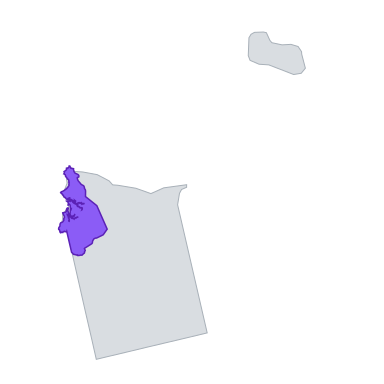 Cogo, Litoral, Equatorial Guinea shown in context, rotated 77°
{"feature_id": "11065452B22787327477805", "entity_name": "Cogo", "entity_type": "district", "adm_level": 2, "iso_a3": "GNQ", "parent_name": "Equatorial Guinea", "parent_adm1": "Litoral", "projection": "orthographic", "projection_center": [9.73, 1.167], "detail": "fine", "context": "in_parent", "style": "filled", "palette": "violet", "viewbox_px": 384, "rotation_deg": 77, "n_neighbors": 0, "source": "geoboundaries", "source_scale": "gbopen_adm2", "svg_char_len": 6777}
<svg xmlns="http://www.w3.org/2000/svg" viewBox="0 0 384 384"><g transform="rotate(77 192 192)"><path d="M332.7,208.9L332.9,231.5L333.0,250.6L333.1,271.3L333.3,292.8L333.4,311.1L333.5,322.9L313.5,322.8L287.0,322.8L260.5,322.7L233.9,322.6L220.6,322.5L205.9,322.5L201.2,323.1L197.9,326.1L194.0,326.8L189.5,324.2L184.0,323.0L182.5,320.4L179.8,315.6L174.3,315.1L171.6,315.6L167.6,318.3L163.2,319.8L164.0,317.6L155.3,311.7L149.0,311.1L143.2,309.3L147.9,294.0L153.8,280.4L162.6,270.2L167.2,267.7L168.8,262.6L175.7,245.9L184.3,232.4L181.6,218.6L183.7,195.6L186.2,196.2L186.6,198.4L187.2,201.6L190.5,204.5L201.2,208.9L233.1,208.9L252.1,208.9L280.3,208.9L310.1,208.9L332.7,208.9ZM79.9,53.7L82.4,54.1L96.9,53.7L100.9,58.9L100.4,66.5L85.4,88.6L82.6,97.9L76.8,105.8L71.8,106.5L54.5,101.8L51.6,99.0L50.5,95.2L52.2,86.4L53.5,83.7L61.8,82.0L64.5,80.6L68.9,71.1L70.4,62.4L74.1,55.9L79.9,53.7Z" fill="#d9dde1" stroke="#a8b0b8" stroke-width="1"/><path d="M209.1,283.0L183.9,287.8L172.5,296.8L167.2,295.5L166.0,295.4L165.2,295.6L164.6,295.9L164.1,296.0L163.3,295.8L161.9,296.0L161.3,296.4L160.2,297.7L159.1,298.6L157.9,299.1L157.0,299.6L155.2,300.5L153.1,300.7L152.8,300.6L152.3,300.6L152.2,300.5L152.0,300.2L151.9,299.5L152.0,299.1L151.5,298.8L151.1,298.6L150.7,298.6L150.1,298.7L149.4,299.1L148.9,299.7L148.4,300.2L147.6,301.4L147.2,301.8L146.6,301.9L146.1,302.2L145.3,302.4L144.0,302.3L143.5,302.5L143.0,302.4L142.6,302.2L142.1,303.3L141.9,303.7L141.9,304.1L141.8,304.4L141.5,304.8L141.2,304.9L140.8,304.7L139.9,305.2L139.4,305.1L139.2,305.3L139.0,305.8L139.8,306.2L140.5,306.9L140.8,307.6L140.8,308.1L140.9,308.3L140.9,308.5L140.5,308.5L140.6,309.0L141.4,309.0L141.5,309.2L141.9,309.3L142.2,309.5L142.9,310.9L143.3,312.1L144.4,312.0L145.0,312.3L145.5,312.8L145.8,312.3L146.2,312.2L146.5,311.7L147.5,311.5L148.1,311.7L148.4,311.6L148.8,311.3L149.4,311.2L150.1,310.7L151.0,310.5L151.2,310.3L151.5,310.3L151.8,309.8L152.1,309.7L152.3,309.5L153.9,309.5L154.5,309.9L154.7,309.7L155.0,309.8L155.2,309.6L155.4,309.6L155.7,309.7L156.1,310.0L156.4,310.0L156.8,310.3L157.1,310.3L157.3,310.2L157.6,310.2L158.6,311.0L159.1,311.7L159.4,311.8L159.6,312.1L159.4,312.0L160.3,313.3L161.6,315.8L162.2,317.7L162.4,319.4L162.6,319.6L163.1,320.1L163.5,319.7L163.8,319.7L164.0,319.3L164.6,319.0L165.4,318.8L165.6,318.8L166.2,318.1L167.7,317.9L168.3,317.6L168.5,317.4L168.6,317.0L168.7,316.8L169.1,316.7L169.6,316.3L170.1,316.3L171.4,315.2L171.1,314.7L170.5,314.4L170.5,314.2L170.9,313.5L170.8,313.3L170.6,313.1L170.1,313.0L170.1,312.7L170.3,312.4L170.5,312.5L170.2,312.7L170.2,312.9L170.7,313.0L170.9,313.4L171.0,313.8L170.7,314.4L171.3,314.5L171.5,314.3L171.7,314.1L172.1,312.9L171.9,312.0L172.1,311.5L173.4,310.2L174.0,309.8L174.8,309.8L175.3,309.5L175.8,308.9L176.0,308.6L175.3,308.6L174.9,308.3L175.4,308.9L175.4,309.0L174.9,309.1L174.8,308.8L174.1,308.9L173.8,308.7L173.7,308.4L174.0,308.2L173.7,308.2L174.1,307.9L174.1,308.3L173.8,308.6L173.9,308.8L174.2,308.8L174.9,308.6L175.0,309.1L175.3,309.1L174.8,308.5L174.9,308.0L174.4,307.4L174.3,307.0L174.7,307.5L175.0,307.8L175.1,308.2L175.4,308.3L176.0,308.3L178.1,306.8L177.9,306.5L177.3,306.2L177.0,305.7L176.9,304.8L177.0,304.1L177.9,302.6L177.8,302.4L177.2,302.1L177.0,301.8L177.5,302.1L178.0,302.5L178.2,302.3L178.3,301.8L178.9,301.1L178.8,300.9L178.9,300.5L178.8,300.0L178.9,299.9L178.9,299.3L179.1,299.8L179.0,300.3L179.2,300.6L179.0,301.2L179.2,302.1L178.5,302.3L178.0,303.0L177.8,303.3L177.7,303.8L177.3,304.6L177.2,305.0L177.3,305.5L177.4,306.0L177.9,306.1L178.3,306.0L179.0,306.2L179.2,306.8L179.8,306.6L180.3,306.2L181.2,305.0L182.3,304.3L182.3,303.6L182.4,303.1L182.7,302.6L183.4,302.6L184.0,302.8L184.5,303.1L184.6,303.4L184.1,303.1L183.1,302.9L182.8,302.9L182.5,303.3L182.5,304.1L182.3,304.7L181.6,305.0L181.4,305.2L181.5,305.8L181.3,305.4L181.1,305.4L180.6,306.3L180.3,306.8L179.8,306.9L178.5,307.1L178.1,307.5L176.5,309.4L175.3,310.4L174.6,310.5L173.7,311.1L173.3,311.8L173.3,312.0L173.5,312.4L173.3,312.4L173.4,312.9L173.2,314.4L173.3,315.0L173.5,315.3L174.6,315.0L175.2,315.1L175.7,314.9L176.8,313.9L178.0,313.7L178.8,313.9L179.1,314.1L179.8,313.8L180.1,313.8L181.5,314.4L181.4,313.6L181.9,313.9L182.1,313.9L182.1,314.3L182.5,314.6L183.1,314.8L183.3,315.0L184.3,315.2L185.3,315.6L185.5,315.8L187.1,315.7L188.4,315.1L188.7,314.5L189.3,314.2L189.3,313.8L188.6,313.6L188.5,313.3L188.5,313.0L188.9,312.6L188.9,312.4L187.8,311.6L187.4,311.2L187.3,310.9L187.9,311.6L188.6,311.9L189.0,312.2L189.0,312.6L188.6,313.0L188.6,313.4L188.8,313.6L189.3,313.6L189.5,313.7L189.6,313.9L189.7,314.3L189.9,314.4L190.6,314.1L191.0,313.6L191.2,313.2L191.2,312.7L190.8,311.1L191.1,310.7L190.6,309.8L190.7,309.1L190.6,308.9L190.6,308.4L190.8,309.1L190.7,309.7L191.2,310.4L191.2,311.0L191.1,311.6L191.6,312.4L191.4,312.8L191.7,313.0L191.3,313.2L191.2,313.8L190.8,314.4L190.6,315.1L189.6,315.7L188.6,315.6L188.0,315.7L186.8,316.5L185.8,316.6L185.7,316.7L186.6,317.9L186.8,318.0L187.3,317.9L188.7,317.0L188.9,317.2L189.1,317.5L189.1,317.9L189.2,318.1L189.5,318.0L190.0,317.8L191.3,317.8L191.9,317.9L192.2,318.1L192.7,318.1L193.1,318.3L193.5,318.6L193.0,318.4L192.6,318.5L191.9,318.5L191.4,318.0L191.1,317.8L190.3,317.8L189.7,318.2L189.0,318.2L188.7,317.8L188.6,317.3L188.5,317.2L188.2,317.4L187.9,317.8L187.6,318.2L186.9,318.8L186.8,319.1L186.8,318.7L186.6,318.5L186.0,318.6L186.2,318.3L186.1,317.8L185.4,317.3L184.7,317.0L183.8,317.1L182.5,317.0L182.2,317.3L182.1,317.5L182.4,318.5L183.0,319.3L183.3,320.2L183.2,321.4L183.2,322.6L184.0,322.6L185.0,322.3L185.8,322.2L186.6,321.9L187.4,321.9L188.1,322.0L189.0,322.9L190.8,323.3L192.0,324.6L192.2,325.1L192.4,326.6L192.6,327.0L193.6,327.8L195.6,328.4L195.8,328.7L196.4,329.4L197.0,329.9L198.0,330.3L198.5,330.3L198.9,329.7L199.6,329.7L200.4,329.5L200.9,329.7L201.8,329.5L202.2,329.2L202.1,328.8L201.6,328.6L201.8,328.3L202.1,328.1L202.0,327.4L202.4,327.0L202.3,326.9L201.9,326.7L201.7,326.0L201.8,325.8L201.6,325.5L201.7,325.3L201.6,325.0L201.8,324.7L202.2,324.5L202.2,324.1L202.5,323.4L202.5,323.1L202.2,322.9L223.7,322.9L224.6,322.2L226.0,321.6L226.3,321.1L226.4,320.5L226.8,320.0L227.0,319.4L227.2,319.1L227.4,318.2L227.6,318.2L227.6,317.9L227.9,317.9L228.3,317.5L228.2,316.8L228.4,316.6L228.5,315.5L228.4,314.9L228.8,313.4L227.6,311.4L227.3,310.6L226.5,310.2L226.1,310.2L225.7,309.9L225.4,309.5L225.0,309.2L224.5,309.2L223.0,309.6L222.6,309.2L219.9,301.4L219.3,300.6L217.5,299.9L217.0,299.5L215.6,298.1L215.4,297.5L215.2,296.4L215.4,295.3L213.7,288.1L209.1,283.0ZM182.0,318.8L181.7,317.9L181.1,316.8L180.6,316.3L180.0,316.1L179.8,316.2L179.6,316.5L179.5,316.8L179.8,317.5L180.7,318.2L182.0,318.8ZM176.9,315.8L177.0,315.5L176.9,315.2L176.7,315.1L176.6,315.7L176.7,315.8L176.9,315.8ZM172.7,316.2L173.1,315.9L173.1,315.5L172.8,315.9L172.7,316.1L172.7,316.2Z" fill="#8b5cf6" stroke="#5b21b6" stroke-width="1.5"/></g></svg>